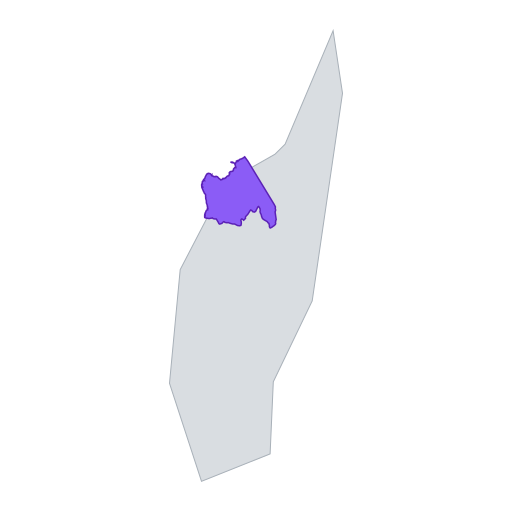 Ngetbong, Ngardmau, Palau (highlighted)
{"feature_id": "81905179B3509636164924", "entity_name": "Ngetbong", "entity_type": "district", "adm_level": 2, "iso_a3": "PLW", "parent_name": "Palau", "parent_adm1": "Ngardmau", "projection": "robinson", "projection_center": [134.551, 7.586], "detail": "fine", "context": "in_parent", "style": "filled", "palette": "violet", "viewbox_px": 512, "rotation_deg": 0, "n_neighbors": 0, "source": "geoboundaries", "source_scale": "gbopen_adm2", "svg_char_len": 5328}
<svg xmlns="http://www.w3.org/2000/svg" viewBox="0 0 512 512"><path d="M270.1,453.9L201.5,481.3L169.5,383.3L180.2,269.6L225.6,182.2L275.0,154.2L285.1,144.2L333.1,30.7L342.5,93.3L312.2,300.9L273.3,381.8L270.1,453.9Z" fill="#d9dde1" stroke="#a8b0b8" stroke-width="1"/><path d="M244.7,156.8L244.1,157.2L244.0,157.6L243.4,157.8L242.5,158.3L242.2,158.4L242.1,158.6L241.5,158.9L240.4,159.1L239.9,159.3L239.7,159.4L239.4,159.6L239.4,159.8L239.5,159.8L239.4,159.9L239.0,160.2L238.8,160.2L238.3,160.8L238.3,160.7L238.1,160.9L238.0,160.7L237.6,160.5L237.3,160.6L236.9,160.9L236.7,161.0L236.8,161.1L236.7,161.1L236.6,161.4L236.0,162.2L235.6,163.1L235.4,163.3L235.4,163.5L233.3,162.8L233.4,162.5L232.8,162.3L232.6,162.4L232.3,162.1L232.0,162.3L231.2,162.0L231.1,162.3L231.5,162.4L231.5,162.5L231.9,162.7L232.0,162.4L234.9,163.4L234.7,163.7L234.7,163.8L234.8,164.0L235.0,164.6L235.3,165.4L235.6,166.6L235.9,167.2L235.8,167.6L235.4,167.3L235.2,167.3L234.9,167.4L234.6,167.6L234.5,167.8L234.5,168.0L234.3,168.1L234.2,168.2L234.0,168.5L233.6,168.8L233.5,169.1L233.4,169.4L233.4,169.6L233.5,169.9L233.3,170.1L233.3,170.3L233.2,170.4L233.1,170.7L232.8,171.1L232.7,171.0L232.2,171.3L231.8,171.3L230.9,171.7L230.6,171.5L230.4,171.6L229.9,171.9L229.7,172.3L229.5,172.5L229.3,172.6L229.3,173.1L229.3,173.5L229.7,173.7L229.8,173.9L229.7,174.1L229.2,174.6L229.2,174.9L229.0,175.1L228.9,175.6L228.3,175.9L228.0,176.0L227.8,175.9L227.5,176.1L227.4,176.1L227.2,176.2L227.0,176.3L226.9,176.4L226.7,176.7L226.6,176.8L226.4,176.9L226.2,177.3L226.1,177.6L225.9,177.8L225.7,177.8L225.5,178.0L225.3,178.1L225.2,178.0L224.9,178.4L225.0,178.4L224.9,178.5L224.7,178.6L224.4,178.4L224.1,178.5L223.9,178.5L223.6,178.6L223.4,178.7L223.3,178.8L223.2,178.8L223.1,179.0L222.8,179.1L222.5,179.0L222.5,178.9L222.4,179.0L222.1,179.3L222.1,179.5L221.6,179.6L221.4,179.8L221.0,179.8L220.7,179.9L220.5,179.6L220.2,179.3L220.0,179.1L219.6,178.9L219.2,178.5L219.0,178.4L218.8,178.4L218.7,178.2L218.5,177.9L218.2,177.6L218.0,177.3L217.9,177.3L217.8,177.2L217.7,177.1L217.4,176.9L217.3,176.7L217.1,176.6L216.9,176.6L216.5,176.4L216.2,176.5L216.2,176.4L215.9,176.3L215.6,176.4L215.3,176.7L214.5,176.7L214.2,176.6L213.8,176.3L213.5,176.4L213.4,176.5L213.2,176.4L213.0,176.1L212.4,175.8L212.1,175.8L211.9,175.5L211.9,175.3L211.7,175.6L211.4,175.3L211.3,174.9L211.2,174.5L210.9,174.2L210.5,173.8L209.6,173.5L208.9,173.5L208.4,173.3L208.2,173.5L207.7,173.5L207.3,173.7L207.1,174.1L206.8,174.1L206.6,174.3L206.2,175.1L206.2,175.3L205.5,176.3L205.3,176.8L205.2,177.2L204.8,178.2L204.7,178.7L204.4,178.8L204.0,179.1L203.8,179.4L203.6,179.7L203.5,179.9L203.3,180.1L203.2,180.3L203.3,180.4L203.3,180.5L203.5,180.6L203.6,180.4L204.0,180.4L204.2,180.5L204.3,180.6L204.2,180.6L203.9,180.6L203.3,181.0L203.2,181.1L202.9,181.2L202.8,181.4L202.5,181.5L202.4,181.8L202.2,182.0L202.2,182.4L202.3,182.8L202.3,183.2L202.3,183.3L202.2,183.4L202.2,183.6L202.3,183.9L202.2,183.9L202.1,184.1L201.7,184.2L201.6,185.0L201.7,186.1L201.9,186.1L201.8,186.6L201.8,187.0L202.0,187.0L201.9,187.1L202.0,187.4L202.3,187.5L202.2,187.6L202.5,187.8L202.4,187.9L202.2,188.3L202.2,188.5L202.4,188.8L202.5,189.0L202.9,189.8L203.1,190.5L203.3,190.7L203.5,191.5L204.0,192.1L204.0,192.3L204.1,192.5L204.2,193.0L204.3,193.1L204.5,193.3L204.6,193.5L205.1,194.0L205.3,194.3L205.5,194.4L205.5,194.6L205.6,195.0L205.6,195.9L205.6,197.0L205.8,197.7L205.7,197.8L205.7,198.0L205.8,198.1L205.7,198.8L206.0,199.3L206.0,199.5L206.1,199.9L206.1,200.0L206.2,200.4L206.4,201.0L206.3,201.9L206.3,202.0L206.4,202.5L206.4,202.8L206.5,203.3L206.7,203.9L207.0,204.2L207.0,204.4L207.1,204.8L207.1,205.1L207.4,205.6L207.3,206.1L207.4,206.3L207.4,206.6L207.5,206.7L207.6,206.8L207.5,207.0L207.4,207.1L207.6,207.5L207.7,207.8L207.7,208.1L207.9,208.2L207.9,208.3L207.7,208.2L207.6,208.3L207.4,208.6L207.3,208.8L207.4,209.0L207.5,209.1L207.5,209.3L207.4,209.2L207.2,209.7L206.9,210.0L206.6,210.3L206.4,210.4L206.3,210.6L206.1,210.9L206.0,211.1L206.0,211.4L205.9,211.5L205.7,211.9L205.6,212.2L205.6,212.3L205.4,212.5L205.2,212.9L205.2,213.1L205.3,213.2L205.2,213.3L205.2,213.8L204.9,214.0L205.0,214.2L204.8,214.3L204.7,214.6L204.7,215.0L204.9,215.2L204.8,215.3L205.1,215.6L205.0,215.8L205.0,216.1L204.8,216.0L204.6,216.2L204.7,216.8L204.8,216.9L204.9,217.1L204.7,217.0L204.7,217.3L204.9,217.3L204.9,217.6L205.7,218.0L205.9,218.0L206.2,218.1L209.2,218.6L210.4,218.3L211.3,218.2L212.3,217.9L213.1,218.6L214.2,218.9L216.3,219.0L218.4,222.5L218.8,223.4L219.2,223.9L219.7,224.1L221.9,223.4L223.5,221.7L224.1,221.7L224.9,222.4L226.5,222.7L227.5,222.7L228.4,222.6L230.1,223.3L232.7,224.0L234.6,224.0L237.5,225.5L239.6,225.8L240.9,225.4L241.3,223.8L241.3,221.9L240.8,220.2L241.5,219.0L242.3,219.1L243.3,219.8L243.7,220.2L245.5,218.4L245.4,217.2L245.7,216.5L247.8,214.3L250.0,210.8L250.6,210.0L251.7,210.4L252.7,211.7L254.4,212.1L255.6,211.4L257.8,207.0L258.6,206.5L259.2,207.3L260.0,208.6L260.2,210.4L260.0,211.6L260.4,213.1L261.1,214.4L261.3,215.1L261.6,216.5L262.5,218.6L263.9,219.7L267.2,221.6L268.1,222.9L268.7,223.2L269.0,223.6L269.1,224.5L269.4,225.4L269.4,226.7L269.8,227.6L270.2,228.0L271.8,227.3L272.8,226.5L273.9,225.8L275.4,224.4L275.7,223.3L275.4,222.4L275.7,221.7L275.6,220.9L276.2,219.7L275.1,211.9L275.6,210.5L275.6,209.7L275.3,208.7L275.4,206.8L274.1,204.3L247.9,161.2L244.7,156.8Z" fill="#8b5cf6" stroke="#5b21b6" stroke-width="1.5"/></svg>